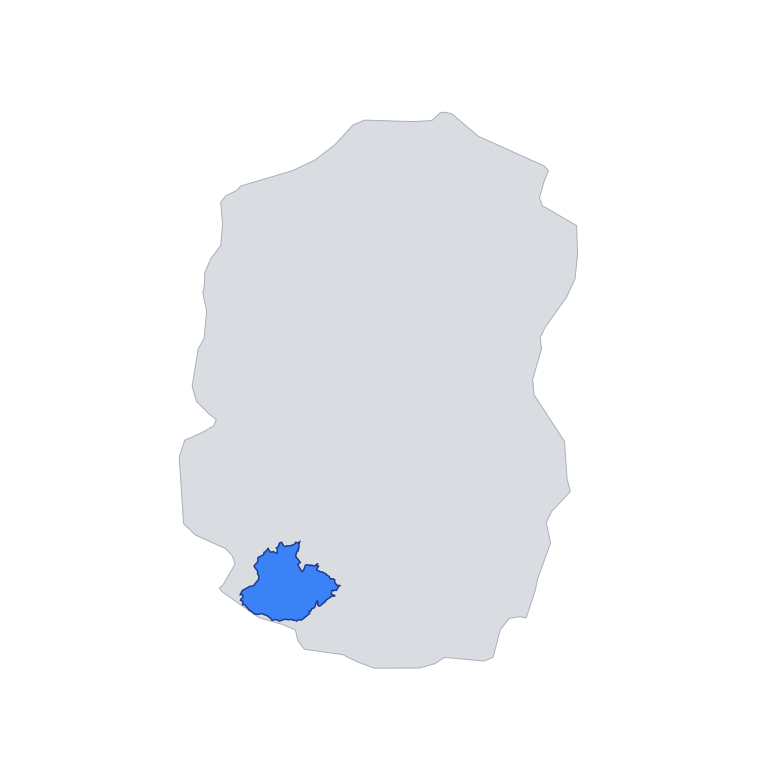 Mavrovo and Rostusha, Mavrovo and Rostusa, North Macedonia shown in context, rotated 292°
{"feature_id": "65306769B57665907630306", "entity_name": "Mavrovo and Rostusha", "entity_type": "district", "adm_level": 2, "iso_a3": "MKD", "parent_name": "North Macedonia", "parent_adm1": "Mavrovo and Rostusa", "projection": "albers", "projection_center": [20.658, 41.644], "detail": "fine", "context": "in_parent", "style": "filled", "palette": "blue", "viewbox_px": 768, "rotation_deg": 292, "n_neighbors": 0, "source": "geoboundaries", "source_scale": "gbopen_adm2", "svg_char_len": 3365}
<svg xmlns="http://www.w3.org/2000/svg" viewBox="0 0 768 768"><g transform="rotate(292 384 384)"><path d="M347.0,198.6L358.9,200.1L384.7,192.4L400.7,181.9L408.9,180.3L419.7,176.2L435.4,176.5L451.4,180.7L471.5,174.5L491.2,164.6L499.3,166.8L508.0,174.8L513.8,176.9L547.6,219.3L566.1,236.3L587.8,249.0L612.4,258.1L621.4,267.1L638.1,312.5L646.1,329.6L656.6,334.5L659.2,339.5L659.8,346.1L649.0,378.6L646.2,450.8L643.4,456.6L631.0,456.6L614.7,458.5L608.6,464.2L603.0,503.2L576.9,514.9L553.1,521.7L532.8,520.7L497.2,512.2L485.6,511.4L475.8,516.8L444.1,520.1L430.3,527.1L398.3,572.9L365.3,588.9L354.1,597.0L328.6,587.2L316.4,586.3L299.0,598.0L260.5,599.4L250.1,601.5L220.4,603.4L219.2,597.2L213.7,588.0L199.8,583.8L171.6,587.5L164.7,580.8L153.1,542.3L144.0,536.2L133.9,523.2L116.8,481.3L116.4,463.0L117.6,447.0L108.2,409.5L114.0,400.0L122.8,394.0L122.9,378.9L120.5,356.0L130.9,310.9L133.7,307.7L136.4,309.8L161.4,313.4L167.9,307.7L172.0,298.8L173.3,265.9L179.3,250.6L239.5,221.5L257.2,220.3L270.9,233.5L281.8,242.0L288.3,241.7L290.6,233.1L297.7,216.5L310.0,207.0L346.6,198.6L347.0,198.6Z" fill="#d9dde1" stroke="#a8b0b8" stroke-width="1"/><path d="M168.9,417.6L169.5,417.5L169.2,414.8L170.0,413.8L172.4,412.9L173.6,413.4L173.2,414.7L174.6,415.9L174.8,417.2L178.4,417.6L180.5,418.5L179.8,415.6L181.6,412.7L183.9,411.7L184.4,410.2L183.2,407.0L185.1,405.2L185.3,402.7L186.1,401.8L186.6,397.2L186.1,395.7L186.4,391.4L187.4,391.0L190.5,391.6L190.5,389.1L192.8,390.4L191.7,389.1L189.4,388.2L188.6,383.5L187.7,383.2L187.9,381.0L186.6,379.0L181.6,379.1L179.5,378.4L180.2,376.8L184.3,371.7L187.3,373.2L190.8,367.1L191.7,366.5L195.8,366.0L197.5,367.1L198.9,366.1L200.2,366.6L203.5,365.2L206.1,364.9L204.3,363.7L204.3,361.5L201.9,360.9L198.9,357.8L197.8,355.0L196.1,352.9L196.6,351.2L198.9,348.5L198.0,347.1L197.0,346.6L193.7,347.0L191.7,345.6L191.3,346.8L187.0,348.2L186.6,346.5L187.2,344.4L185.5,341.5L188.1,338.1L184.0,336.9L183.1,335.9L180.5,336.2L175.9,332.2L172.0,333.5L166.9,331.7L165.9,332.3L163.0,337.1L160.6,337.8L159.0,340.1L155.6,340.8L148.0,338.5L146.0,335.3L139.5,330.0L134.7,329.6L135.0,330.6L135.5,332.0L135.4,332.3L135.0,332.6L133.6,333.0L133.4,333.1L131.7,332.3L130.9,331.9L130.1,331.9L129.9,331.9L129.6,332.0L129.5,332.5L129.8,333.2L129.8,333.5L129.7,333.8L129.3,334.7L128.9,335.0L128.4,335.1L127.6,335.0L126.8,335.4L126.5,335.5L126.3,335.6L126.5,336.1L126.9,337.0L127.0,337.7L126.9,338.6L126.2,339.3L125.7,339.9L125.6,340.4L125.5,340.5L125.2,341.6L124.4,342.6L123.6,344.4L123.6,345.8L123.5,346.8L123.0,348.1L122.8,348.3L122.5,349.0L122.5,349.7L122.4,349.9L122.5,351.6L122.9,352.5L123.8,354.4L125.1,356.0L125.3,357.7L125.3,359.6L125.4,361.4L125.4,362.4L124.9,364.4L124.6,365.3L124.0,367.3L123.7,367.7L123.5,367.9L123.0,368.4L123.0,368.8L123.1,369.0L123.6,369.7L124.5,370.9L124.8,371.1L125.1,371.7L125.2,373.0L125.1,374.3L124.9,375.4L125.3,376.2L125.9,377.0L127.2,378.3L128.4,379.8L129.2,381.6L129.6,383.6L129.9,384.4L130.4,385.2L130.6,385.4L130.8,385.6L131.1,386.1L131.3,386.6L131.0,387.0L130.8,387.5L130.8,388.1L131.1,388.5L131.4,389.1L131.5,389.8L131.5,390.2L131.6,391.5L131.5,392.0L133.6,392.9L133.8,395.0L134.7,396.3L143.5,401.1L145.0,399.6L145.9,401.1L148.9,401.3L149.8,402.8L151.4,403.4L157.5,403.0L157.8,403.7L154.3,405.5L153.7,406.5L154.0,407.6L160.6,411.3L161.7,411.1L167.6,415.1L168.9,417.6Z" fill="#3b82f6" stroke="#1e3a8a" stroke-width="1.5"/></g></svg>